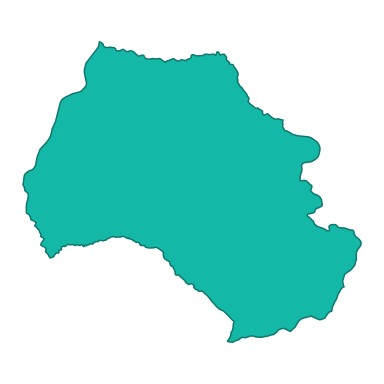 outline of Rivera, Huila, Colombia
{"feature_id": "7082276B82824229693572", "entity_name": "Rivera", "entity_type": "district", "adm_level": 2, "iso_a3": "COL", "parent_name": "Colombia", "parent_adm1": "Huila", "projection": "orthographic", "projection_center": [-75.265, 2.78], "detail": "fine", "context": "isolated", "style": "filled", "palette": "teal", "viewbox_px": 384, "rotation_deg": 0, "n_neighbors": 0, "source": "geoboundaries", "source_scale": "gbopen_adm2", "svg_char_len": 5885}
<svg xmlns="http://www.w3.org/2000/svg" viewBox="0 0 384 384"><path d="M99.4,41.8L98.8,45.5L97.9,47.7L86.3,62.8L85.7,64.1L84.3,70.4L84.4,72.8L86.4,82.6L86.5,84.4L85.6,86.5L81.2,91.2L79.5,92.0L72.0,93.9L69.5,95.3L66.0,96.8L62.7,98.9L61.3,100.6L60.2,103.0L55.5,121.6L52.2,128.8L51.7,131.6L50.7,135.4L49.6,138.1L46.5,142.4L40.6,148.7L39.8,149.9L37.1,157.2L35.6,165.2L34.5,167.4L32.8,169.4L32.0,170.0L30.2,170.4L28.8,171.0L25.5,173.5L24.3,175.5L23.0,185.2L24.1,186.6L24.8,189.4L24.8,190.6L27.2,192.6L28.0,193.6L28.3,195.0L28.1,197.5L26.6,203.8L26.3,207.0L26.4,213.0L28.5,214.2L29.4,215.2L30.4,217.3L30.9,219.7L34.2,221.2L36.1,222.6L35.8,223.9L34.8,225.5L35.0,226.3L36.1,226.7L37.6,228.8L38.7,229.6L40.0,232.8L41.2,234.7L40.6,235.7L40.5,236.2L41.4,237.1L42.6,237.2L43.8,239.0L43.4,240.3L42.2,241.7L40.8,244.1L40.9,245.1L41.9,245.9L44.5,247.1L46.1,248.7L46.1,249.7L45.5,251.2L45.6,251.9L47.6,253.7L49.9,257.8L50.7,257.9L53.9,256.6L54.1,255.2L54.9,254.6L55.7,253.6L57.1,252.8L58.1,253.1L58.6,252.9L59.0,252.3L58.8,251.7L59.0,250.5L60.6,249.8L61.3,249.9L61.5,249.8L61.4,248.4L62.0,246.6L63.5,246.2L65.1,246.5L67.1,244.8L67.9,244.4L69.6,244.8L72.7,244.5L73.9,245.2L75.0,245.1L75.7,245.5L76.3,245.0L76.9,244.8L80.0,245.5L81.1,244.8L81.8,244.6L82.6,244.9L83.3,246.5L83.8,246.6L84.2,246.4L84.5,245.5L85.7,245.3L86.2,245.8L86.6,245.8L87.3,244.9L89.1,244.7L90.1,243.6L91.0,244.0L91.8,243.8L92.5,244.1L94.8,242.0L96.6,241.5L97.9,241.7L100.1,240.1L102.4,240.7L103.4,240.7L106.0,240.0L106.5,239.7L107.2,238.8L109.5,238.0L110.8,237.0L112.4,236.7L113.9,236.7L116.2,237.3L118.1,236.9L120.2,237.2L121.7,236.3L123.0,236.6L124.1,236.5L127.4,238.4L128.5,237.9L128.9,238.7L131.5,239.3L133.6,240.8L135.3,241.6L136.1,242.4L137.8,242.3L139.1,242.6L139.4,243.0L139.8,244.3L140.6,245.4L144.9,245.7L145.2,246.9L146.6,247.5L149.0,248.0L153.4,247.8L156.1,247.3L157.1,247.6L161.9,250.8L163.1,252.3L163.4,252.9L163.3,255.8L164.0,257.6L165.1,259.2L169.4,261.7L169.7,262.2L170.1,264.2L170.8,265.9L172.5,266.5L173.0,267.0L173.4,268.1L174.1,269.2L174.6,270.8L175.2,271.5L175.1,273.7L175.8,274.9L176.3,275.1L179.1,275.0L179.8,276.2L184.9,280.6L185.6,282.2L187.9,284.1L188.6,284.4L189.2,284.4L191.2,283.6L194.0,285.3L194.3,285.4L194.4,286.1L193.7,286.9L193.8,287.5L195.9,289.7L197.5,289.6L198.0,290.8L199.8,291.4L201.7,290.9L203.2,291.8L205.4,294.2L206.6,294.9L209.5,298.1L211.3,300.8L217.7,307.8L218.7,308.6L220.7,309.8L223.5,311.0L227.9,315.2L232.3,320.0L234.1,321.3L234.2,321.7L233.4,323.6L233.0,328.0L232.8,329.0L232.2,331.0L231.4,331.9L231.0,333.3L230.8,335.1L229.8,337.7L227.5,341.1L228.1,341.7L232.8,342.2L235.5,340.8L238.9,339.6L241.7,337.4L245.7,337.7L249.9,336.1L253.2,336.0L256.1,337.0L261.5,337.3L263.8,336.7L267.4,336.2L271.7,334.8L273.5,334.6L276.5,332.3L278.5,329.9L282.1,328.5L284.6,328.5L288.8,330.8L290.4,331.4L295.3,326.9L297.0,323.7L299.0,320.7L302.3,318.3L311.3,316.1L316.7,318.7L319.8,319.8L322.2,319.2L324.9,318.0L326.4,315.5L328.8,312.3L329.9,311.7L331.6,311.4L332.5,306.9L335.0,301.4L336.8,298.5L337.0,297.1L338.3,293.9L340.0,291.1L340.4,289.9L341.5,288.5L342.9,287.3L344.0,286.8L343.4,285.1L342.6,281.2L344.6,274.6L345.6,273.4L350.0,270.6L351.8,268.9L354.9,264.9L355.8,260.6L356.4,260.1L356.3,254.0L356.6,252.1L357.9,249.3L360.2,246.3L361.0,244.7L361.0,242.5L360.7,241.2L358.5,238.7L355.6,236.6L354.1,233.6L353.8,231.5L353.5,230.8L352.6,230.1L349.9,229.9L345.6,228.3L343.3,227.9L341.1,227.9L339.1,227.6L337.9,227.1L336.8,225.6L335.7,224.8L334.0,224.5L330.9,224.8L329.2,226.0L328.9,227.3L329.4,228.5L329.5,229.8L329.2,230.4L328.3,230.9L327.2,230.8L326.2,230.0L323.2,228.4L317.7,226.6L316.3,225.7L314.5,224.0L313.7,222.3L313.6,221.3L312.0,220.1L309.3,217.3L307.9,216.5L307.4,216.0L307.2,215.3L307.8,214.1L312.9,213.0L314.0,212.6L314.7,211.9L315.0,210.5L315.6,209.4L316.6,208.4L317.8,208.1L321.3,206.4L321.8,206.0L322.2,205.0L322.3,204.0L321.6,201.6L321.7,200.7L321.4,199.5L319.6,196.6L317.2,195.1L313.8,193.9L311.0,191.4L310.8,190.3L311.8,187.4L311.8,185.8L311.5,185.2L310.0,184.8L309.2,183.5L307.4,181.8L305.9,180.7L304.3,180.3L300.9,180.9L300.3,180.5L300.1,179.1L300.2,176.4L301.9,170.4L301.9,167.9L301.5,166.2L301.6,165.3L302.2,164.1L303.3,163.1L304.8,162.6L305.9,162.3L310.3,161.9L311.7,161.5L315.1,159.5L317.3,157.8L318.1,156.6L319.0,154.4L319.7,151.2L320.0,148.1L319.3,145.7L318.1,143.2L316.7,141.7L313.3,139.3L311.5,138.1L308.9,136.9L298.0,135.8L293.2,134.6L288.6,131.9L286.3,130.8L284.6,130.4L283.8,128.6L282.7,126.9L282.9,124.0L282.6,123.3L282.9,120.1L278.4,118.9L275.2,119.2L273.2,118.3L272.0,117.6L267.7,113.8L266.0,114.3L264.3,115.1L263.6,115.1L262.4,113.1L262.7,111.8L261.8,110.4L259.0,109.1L258.0,108.0L256.3,108.3L255.4,108.2L249.7,103.5L248.5,102.3L248.1,101.1L248.9,99.2L248.8,97.8L247.1,95.8L247.1,94.9L245.9,93.1L243.7,90.5L242.1,88.0L239.6,85.7L238.4,83.1L237.2,81.6L238.1,80.1L237.7,79.6L237.3,78.2L237.4,76.9L238.1,74.3L237.9,72.7L236.2,69.7L235.4,68.5L234.0,67.0L233.3,65.2L232.7,64.6L229.9,64.2L229.4,63.7L229.5,62.6L228.9,61.9L226.9,60.3L226.4,59.4L226.3,58.5L226.6,57.5L225.3,55.4L224.2,54.3L222.2,54.3L220.4,54.9L219.6,54.3L218.8,52.3L217.5,51.9L216.8,52.3L215.9,54.9L215.4,55.3L213.8,54.2L212.4,54.2L209.8,54.6L205.9,54.2L204.0,54.6L203.0,55.6L196.8,55.9L195.3,55.5L193.5,54.8L192.6,54.7L191.4,55.2L191.1,57.0L190.7,58.1L190.3,58.5L187.2,59.4L186.2,60.6L181.6,59.8L180.5,60.0L179.9,60.8L179.5,61.0L178.2,61.1L175.4,60.0L174.1,58.8L171.7,59.1L171.0,59.8L169.5,60.1L168.2,60.8L167.1,60.9L165.1,62.0L163.1,61.0L160.6,59.0L159.3,58.5L156.2,59.0L153.3,58.5L152.4,58.7L149.1,59.1L147.1,59.0L145.2,58.1L144.6,57.5L144.0,55.8L142.8,55.1L140.5,55.5L139.1,56.1L138.1,56.0L133.0,51.3L130.2,50.8L128.4,51.4L126.5,51.5L125.1,50.9L124.3,50.0L123.3,49.4L122.6,49.5L121.2,50.0L120.6,50.5L117.3,51.0L116.4,50.8L115.9,49.9L115.6,48.9L114.4,47.8L109.9,47.2L106.9,47.6L105.0,47.1L103.5,46.0L103.2,45.3L103.2,44.5L101.8,42.9L99.4,41.8Z" fill="#14b8a6" stroke="#0f766e" stroke-width="1.5"/></svg>